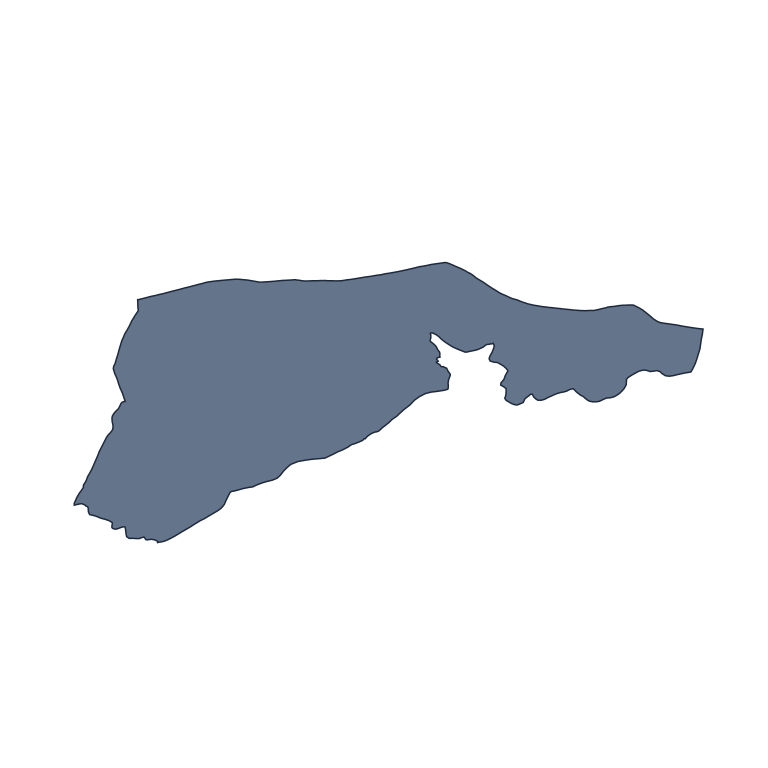 the district of Peam Chor, Prey Vêng, Cambodia, rotated 82°
{"feature_id": "14789045B80161198747042", "entity_name": "Peam Chor", "entity_type": "district", "adm_level": 2, "iso_a3": "KHM", "parent_name": "Cambodia", "parent_adm1": "Prey Vêng", "projection": "equal_earth", "projection_center": [105.272, 11.043], "detail": "fine", "context": "isolated", "style": "filled", "palette": "slate", "viewbox_px": 768, "rotation_deg": 82, "n_neighbors": 0, "source": "geoboundaries", "source_scale": "gbopen_adm2", "svg_char_len": 6150}
<svg xmlns="http://www.w3.org/2000/svg" viewBox="0 0 768 768"><g transform="rotate(82 384 384)"><path d="M266.2,616.2L274.7,617.1L276.8,617.0L278.2,618.0L281.4,620.9L286.5,625.1L291.0,628.0L294.8,630.9L298.4,633.8L301.7,635.7L304.5,637.5L308.9,639.6L313.7,641.8L317.4,643.3L321.0,645.1L326.6,647.6L328.5,649.0L330.8,649.9L332.3,649.8L336.5,649.1L340.5,647.9L343.3,647.3L346.7,646.8L351.2,645.9L356.7,644.3L365.2,642.7L365.2,644.0L365.6,645.8L366.6,647.1L368.8,648.5L371.4,650.3L373.8,653.6L375.7,655.7L378.0,657.5L380.3,658.2L383.8,658.4L387.0,658.1L390.2,658.6L391.7,659.3L393.9,661.5L396.5,664.7L398.6,666.5L403.5,669.9L405.8,671.5L411.3,675.4L415.3,677.6L425.3,683.7L428.1,685.5L431.1,687.7L434.4,690.3L437.6,692.0L440.0,693.7L442.2,695.7L444.5,696.1L446.9,698.1L449.3,700.5L451.4,702.2L453.8,704.1L456.0,705.4L458.9,707.3L460.9,707.6L460.7,705.9L460.4,702.1L460.4,700.1L462.0,697.2L463.4,696.1L464.3,694.6L465.2,694.2L469.6,694.5L472.3,693.7L474.6,688.0L476.3,685.1L477.7,682.6L479.1,679.2L480.7,676.0L481.3,674.9L482.1,674.0L483.4,672.4L484.7,672.5L486.6,673.2L488.4,673.4L489.6,672.3L490.4,670.0L490.4,668.7L489.7,665.5L489.1,662.1L489.6,660.3L492.7,660.2L496.7,660.3L499.3,660.1L501.4,657.9L501.9,654.0L502.5,651.3L502.9,648.9L503.0,647.4L502.5,645.9L502.1,643.1L503.0,642.4L504.9,641.6L505.4,640.4L505.4,637.6L505.3,636.2L506.2,633.4L507.5,631.0L508.4,630.2L509.5,630.3L509.3,628.6L509.4,627.4L509.2,624.4L508.6,621.3L507.2,616.9L505.7,612.8L502.2,604.6L500.4,600.2L498.8,596.2L496.4,591.1L493.9,585.3L492.3,580.5L490.2,575.6L486.4,566.4L484.7,563.1L482.8,560.7L481.0,558.9L477.1,556.5L472.3,553.2L469.7,551.3L469.2,549.7L469.0,546.0L468.6,542.8L467.9,537.9L467.6,531.8L467.6,528.2L466.3,524.2L465.0,518.6L464.2,513.3L463.7,508.0L462.4,503.0L459.9,499.3L456.2,495.5L453.2,491.6L450.6,487.4L448.8,480.1L448.5,471.9L448.5,465.7L448.8,460.7L449.0,456.7L449.2,452.9L446.5,444.3L445.5,441.3L444.6,438.9L443.6,434.6L442.7,432.0L441.4,428.3L440.3,426.3L439.4,424.2L439.1,421.6L438.3,418.2L437.6,415.5L437.1,413.8L436.6,412.5L435.4,411.4L435.6,410.1L434.3,408.8L433.1,407.1L431.4,403.6L430.4,400.2L430.3,397.8L429.9,395.9L428.7,394.0L427.0,391.6L424.7,387.6L422.8,384.4L420.2,380.9L418.6,377.7L417.4,375.4L415.9,373.4L412.2,368.0L408.4,361.3L404.2,356.0L401.3,350.4L399.2,344.2L398.6,338.5L398.7,331.9L398.6,325.4L398.1,321.6L397.0,321.0L394.2,320.5L391.9,320.4L388.7,319.4L385.1,317.4L383.8,317.0L382.1,317.7L380.4,318.7L378.1,319.4L376.9,319.9L376.2,321.5L375.1,322.6L375.2,323.6L374.4,325.3L372.7,326.0L370.7,328.4L369.7,329.1L368.9,327.1L367.8,327.8L366.8,328.5L365.4,327.6L365.2,324.8L363.6,324.8L361.5,324.4L359.9,324.6L358.4,325.6L356.5,326.4L354.3,327.0L351.9,328.7L349.4,331.0L348.3,332.2L346.3,332.0L345.2,331.3L341.9,330.8L340.5,331.2L339.9,330.5L340.1,329.1L341.0,327.6L342.3,325.6L344.6,323.2L347.4,321.1L350.9,317.8L354.1,314.1L356.7,311.0L359.6,306.5L361.3,303.5L363.7,299.3L363.9,297.6L363.7,295.4L363.3,289.3L363.0,286.7L362.1,283.3L361.2,280.5L359.4,277.6L359.2,276.3L359.3,274.8L359.1,273.0L359.3,272.0L358.9,270.1L359.9,270.0L361.2,269.4L363.7,270.3L367.2,272.3L371.5,275.5L373.7,276.4L376.1,275.6L377.8,271.7L378.5,268.7L380.9,265.5L383.0,263.0L385.8,260.7L388.1,259.4L392.5,262.7L396.1,264.6L399.2,268.0L401.3,268.6L403.2,266.1L404.9,264.3L406.0,263.7L411.8,264.8L415.0,266.4L417.1,265.4L421.2,260.3L422.4,258.0L423.2,256.0L423.2,254.5L422.7,252.3L421.7,248.8L420.0,247.6L418.7,246.9L417.7,245.6L416.6,243.7L415.5,241.6L414.5,240.4L414.8,238.5L417.5,237.6L419.7,236.0L421.4,234.0L422.0,230.7L421.5,227.0L420.2,223.6L419.2,220.0L418.5,217.8L417.6,214.3L417.0,210.1L416.9,207.0L416.4,203.8L415.5,201.6L415.0,198.8L415.2,197.1L416.6,196.0L418.7,194.5L420.4,192.9L422.5,190.8L424.3,188.2L425.9,187.0L428.0,185.0L429.5,183.1L430.7,179.8L431.2,176.0L431.1,173.0L429.6,168.4L428.9,165.5L429.1,161.3L428.7,158.2L427.6,155.1L426.0,151.9L423.9,149.1L422.2,147.1L420.1,145.4L418.4,144.2L416.7,143.9L414.5,143.4L413.4,143.4L411.8,141.7L411.2,140.8L410.3,138.7L409.3,136.6L408.1,133.3L406.8,129.8L406.3,125.4L406.9,122.4L408.7,118.7L408.8,115.2L408.7,112.0L410.1,109.0L412.6,107.0L415.0,104.1L416.0,100.5L416.0,96.5L415.5,91.6L415.0,85.4L414.9,80.7L414.8,78.4L412.1,76.3L408.6,73.9L405.9,72.3L402.3,70.5L397.3,68.2L393.4,66.3L384.0,63.6L379.0,61.8L376.4,61.1L374.0,60.4L372.6,65.9L371.1,71.1L368.4,79.9L366.1,86.6L362.7,98.5L361.7,101.8L360.1,104.6L357.0,108.2L353.9,110.8L349.4,115.0L346.5,117.8L344.3,120.6L343.2,122.2L340.5,126.1L340.4,127.0L340.0,129.6L339.8,131.2L339.6,133.7L339.3,135.9L339.1,139.6L339.1,141.9L339.2,145.8L339.0,147.6L339.0,149.7L339.0,151.7L339.5,154.4L339.6,156.4L339.8,158.7L340.0,160.1L340.2,162.6L340.3,164.6L340.4,166.4L340.0,168.4L339.4,174.6L338.5,179.8L337.7,183.3L337.2,185.9L336.3,189.2L334.5,196.7L334.0,198.3L333.3,201.3L332.8,203.3L331.6,207.9L331.1,210.2L330.6,211.8L329.2,217.2L327.5,222.4L326.7,225.1L325.7,227.6L324.8,230.1L323.9,231.9L321.6,236.5L320.1,239.0L319.2,240.6L317.1,245.4L315.5,248.0L313.5,251.0L311.9,253.7L310.1,256.5L307.7,259.3L303.1,264.9L296.6,272.0L294.8,274.3L291.6,278.2L289.2,280.3L288.1,281.4L287.1,282.6L286.1,283.8L285.2,285.3L284.4,286.3L283.3,287.6L280.6,291.5L279.7,292.9L279.2,294.0L278.6,294.7L277.2,297.3L276.4,298.3L275.1,300.5L274.2,301.9L272.5,305.2L272.2,306.9L272.2,310.0L272.2,313.6L272.2,316.7L272.2,320.1L272.7,327.2L272.8,333.0L273.3,337.4L274.1,346.1L274.7,355.2L275.0,363.4L275.0,367.1L275.4,372.4L275.3,376.3L275.5,380.3L275.5,389.4L275.7,396.2L275.8,401.3L275.8,403.3L275.7,404.9L275.8,411.7L275.6,414.3L275.0,418.6L274.6,420.7L274.3,422.8L273.9,425.3L273.3,428.0L273.1,429.9L272.8,431.7L272.4,436.3L272.1,438.3L271.8,440.7L271.6,442.8L271.1,447.5L270.8,449.0L270.4,450.6L269.2,454.4L268.9,456.0L268.4,457.1L268.2,459.8L267.9,463.8L267.3,470.2L267.0,478.0L266.7,483.0L266.1,490.9L265.8,493.1L263.3,500.8L262.1,504.6L260.2,512.6L259.5,516.9L259.2,523.0L258.9,528.4L258.5,538.1L258.5,544.3L258.7,546.8L259.3,550.9L259.6,554.4L259.9,556.5L260.3,560.1L260.8,564.1L261.1,567.6L261.7,572.1L263.0,583.9L263.8,590.2L264.1,594.3L264.5,597.4L264.8,602.3L265.3,606.6L265.9,611.7L266.2,614.9L266.2,616.2Z" fill="#64748b" stroke="#1e293b" stroke-width="1.5"/></g></svg>